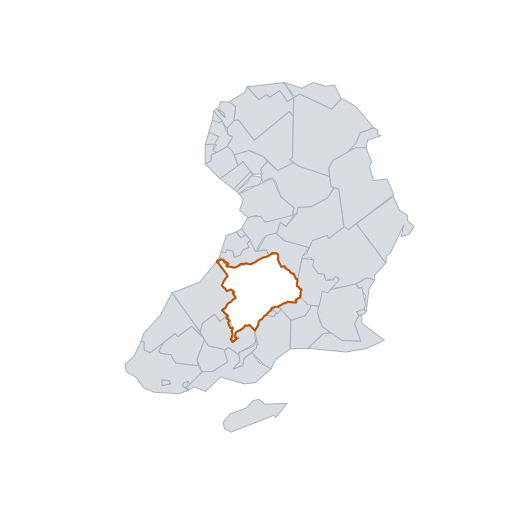 where Democratic Republic of the Congo sits in Africa, rotated 53°
{"feature_id": "COD", "entity_name": "Democratic Republic of the Congo", "entity_type": "country or territory", "adm_level": 0, "iso_a3": "COD", "parent_name": "Africa", "parent_adm1": "", "projection": "robinson", "projection_center": [23.721, -4.071], "detail": "fine", "context": "in_parent", "style": "outline", "palette": "amber", "viewbox_px": 512, "rotation_deg": 53, "n_neighbors": 49, "source": "natural_earth", "source_scale": "50m", "svg_char_len": 15755}
<svg xmlns="http://www.w3.org/2000/svg" viewBox="0 0 512 512"><g transform="rotate(53 256 256)"><path d="M328.3,266.7L350.7,284.6L350.5,302.9L355.2,311.7L351.8,314.4L330.8,317.4L327.5,307.3L314.8,302.2L310.1,293.4L308.9,283.7L314.9,278.2L313.5,267.6L328.3,266.7Z" fill="#d9dde1" stroke="#a8b0b8" stroke-width="1"/><path d="M152.3,130.6L151.7,137.9L138.2,137.6L137.5,149.9L133.6,150.3L132.8,159.7L115.6,161.3L134.2,129.3L152.3,130.6Z" fill="#d9dde1" stroke="#a8b0b8" stroke-width="1"/><path d="M360.9,270.2L358.3,248.7L363.1,241.8L375.1,238.1L386.9,223.7L369.4,218.0L364.6,211.4L367.0,207.1L373.3,212.0L400.5,204.4L396.5,223.3L386.9,241.9L360.9,270.2Z" fill="#d9dde1" stroke="#a8b0b8" stroke-width="1"/><path d="M350.7,284.6L328.3,266.7L333.1,253.0L328.7,241.7L334.2,235.7L346.2,244.8L362.0,243.3L358.3,248.7L360.9,270.2L350.7,284.6Z" fill="#d9dde1" stroke="#a8b0b8" stroke-width="1"/><path d="M288.7,222.6L285.5,220.5L284.0,219.1L284.4,213.7L277.6,201.7L282.2,186.8L285.8,187.2L285.7,166.1L290.5,166.1L290.4,156.5L339.7,156.5L342.6,172.7L346.5,175.7L340.1,180.7L337.9,197.0L329.6,211.1L328.5,220.4L323.1,203.3L317.4,215.0L311.6,212.7L307.3,217.0L297.9,216.7L290.8,212.8L285.8,220.7L288.7,222.6Z" fill="#d9dde1" stroke="#a8b0b8" stroke-width="1"/><path d="M285.6,168.1L285.8,187.2L282.2,186.8L277.6,201.7L281.5,208.6L260.8,224.2L249.4,226.5L243.9,216.3L250.3,214.2L246.8,198.1L242.4,193.1L249.7,182.3L252.6,164.2L248.4,152.3L252.6,149.7L285.6,168.1Z" fill="#d9dde1" stroke="#a8b0b8" stroke-width="1"/><path d="M255.0,399.3L256.9,396.9L263.7,401.6L269.5,398.8L269.3,381.0L273.5,390.9L276.5,390.4L283.5,383.4L293.1,384.5L308.8,368.2L316.1,369.0L319.1,379.1L318.6,386.2L315.3,385.7L313.7,390.5L316.2,393.1L322.6,390.5L319.8,400.2L303.3,419.5L293.4,425.1L280.5,424.7L270.5,429.2L263.7,426.0L262.9,414.1L255.0,399.3ZM306.6,401.1L302.9,400.6L298.5,405.6L303.0,408.8L306.6,401.1Z" fill="#d9dde1" stroke="#a8b0b8" stroke-width="1"/><path d="M306.6,401.1L303.0,408.8L298.5,405.6L302.9,400.6L306.6,401.1Z" fill="#d9dde1" stroke="#a8b0b8" stroke-width="1"/><path d="M316.1,369.0L303.0,365.3L291.6,347.3L299.0,348.2L312.6,336.6L323.4,342.4L322.4,359.6L316.1,369.0Z" fill="#d9dde1" stroke="#a8b0b8" stroke-width="1"/><path d="M308.8,368.2L293.1,384.5L283.5,383.4L276.5,390.4L273.5,390.9L269.3,381.0L269.3,367.0L273.3,366.9L273.4,349.7L291.6,347.3L303.0,365.3L308.8,368.2Z" fill="#d9dde1" stroke="#a8b0b8" stroke-width="1"/><path d="M269.3,367.0L269.5,398.8L263.7,401.6L256.9,396.9L255.0,399.3L250.2,392.2L245.9,368.3L235.0,345.2L290.8,346.5L273.4,349.7L273.3,366.9L269.3,367.0Z" fill="#d9dde1" stroke="#a8b0b8" stroke-width="1"/><path d="M115.1,196.8L111.5,191.4L118.2,183.1L124.7,182.4L134.4,191.9L136.8,202.4L115.0,202.7L114.5,199.0L127.1,197.3L115.1,196.8Z" fill="#d9dde1" stroke="#a8b0b8" stroke-width="1"/><path d="M136.8,202.4L134.4,191.9L136.6,188.2L162.4,187.7L160.6,142.3L166.9,142.2L199.4,167.6L199.3,170.6L204.0,170.1L200.9,187.4L181.1,190.2L168.5,197.4L162.2,212.3L151.1,213.1L146.8,203.0L142.4,205.2L136.8,202.4Z" fill="#d9dde1" stroke="#a8b0b8" stroke-width="1"/><path d="M115.6,161.3L132.8,159.7L133.6,150.3L137.5,149.9L138.2,137.6L151.7,137.9L152.3,130.6L166.9,142.2L160.6,142.3L162.4,187.7L136.6,188.2L134.4,191.9L124.7,182.4L116.7,184.6L118.5,165.6L115.6,161.3Z" fill="#d9dde1" stroke="#a8b0b8" stroke-width="1"/><path d="M196.1,232.1L192.6,232.6L192.0,218.3L188.3,211.8L197.2,203.4L201.1,210.6L196.4,221.3L196.1,232.1Z" fill="#d9dde1" stroke="#a8b0b8" stroke-width="1"/><path d="M248.4,152.3L252.6,164.2L249.7,182.3L242.4,193.1L246.8,198.1L245.0,202.2L240.4,196.8L223.2,200.5L208.3,195.5L202.7,197.1L200.4,206.1L189.6,200.4L187.1,190.4L200.9,187.4L204.0,170.1L236.6,149.4L245.4,154.1L248.4,152.3Z" fill="#d9dde1" stroke="#a8b0b8" stroke-width="1"/><path d="M196.1,232.1L203.8,196.1L223.2,200.5L240.4,196.8L246.6,204.1L234.5,228.6L223.8,231.2L220.7,239.2L209.6,241.6L203.1,232.0L196.1,232.1Z" fill="#d9dde1" stroke="#a8b0b8" stroke-width="1"/><path d="M246.3,200.4L250.3,214.2L243.9,216.3L250.1,225.2L246.0,239.4L252.2,253.8L225.5,251.1L220.6,240.5L221.8,235.8L227.6,228.3L234.5,228.6L246.3,200.4Z" fill="#d9dde1" stroke="#a8b0b8" stroke-width="1"/><path d="M188.9,209.3L192.6,232.6L189.2,233.6L184.9,210.7L188.9,209.3Z" fill="#d9dde1" stroke="#a8b0b8" stroke-width="1"/><path d="M185.2,209.2L189.2,233.6L172.6,238.1L172.7,209.5L185.2,209.2Z" fill="#d9dde1" stroke="#a8b0b8" stroke-width="1"/><path d="M151.1,213.1L158.9,211.6L173.0,215.8L172.6,238.1L152.0,241.2L152.7,234.7L148.4,231.1L151.1,213.1Z" fill="#d9dde1" stroke="#a8b0b8" stroke-width="1"/><path d="M127.6,201.7L142.4,205.2L146.8,203.0L151.1,213.1L149.8,225.2L145.9,227.0L143.7,221.1L140.5,222.0L138.1,213.9L129.0,219.4L121.3,209.1L127.6,201.7Z" fill="#d9dde1" stroke="#a8b0b8" stroke-width="1"/><path d="M115.0,202.7L127.6,201.7L127.3,205.4L121.3,209.1L115.0,202.7Z" fill="#d9dde1" stroke="#a8b0b8" stroke-width="1"/><path d="M149.2,225.2L148.4,231.1L152.7,234.7L152.0,241.2L136.4,229.5L141.7,221.8L145.9,227.0L149.2,225.2Z" fill="#d9dde1" stroke="#a8b0b8" stroke-width="1"/><path d="M129.0,219.4L138.1,213.9L141.7,221.8L136.4,229.5L129.0,219.4Z" fill="#d9dde1" stroke="#a8b0b8" stroke-width="1"/><path d="M162.2,212.3L167.3,198.6L181.1,190.2L187.1,190.4L189.6,200.4L194.4,201.5L188.9,209.3L172.7,209.5L173.0,215.8L162.2,212.3Z" fill="#d9dde1" stroke="#a8b0b8" stroke-width="1"/><path d="M300.6,237.0L288.1,237.6L279.6,242.8L267.1,238.0L262.8,245.3L257.2,244.2L252.5,251.2L245.9,235.9L249.4,226.5L260.8,224.2L281.5,208.6L284.0,219.1L300.6,237.0Z" fill="#d9dde1" stroke="#a8b0b8" stroke-width="1"/><path d="M262.8,245.3L259.3,264.2L252.5,279.1L246.4,286.0L238.1,283.4L235.1,286.3L231.6,281.2L234.9,278.6L233.3,275.4L237.9,271.5L243.9,274.0L245.7,268.5L243.2,261.9L245.1,256.4L240.9,255.8L240.0,251.2L252.2,253.8L257.2,244.2L262.8,245.3Z" fill="#d9dde1" stroke="#a8b0b8" stroke-width="1"/><path d="M232.4,251.3L239.5,251.0L240.9,255.8L245.1,256.4L243.2,261.9L245.7,268.5L243.9,274.0L237.9,271.5L233.3,275.4L234.9,278.6L231.6,281.2L221.9,267.5L224.8,257.3L232.4,257.0L232.4,251.3Z" fill="#d9dde1" stroke="#a8b0b8" stroke-width="1"/><path d="M225.5,251.1L232.4,251.3L232.4,257.0L224.8,257.3L225.5,251.1Z" fill="#d9dde1" stroke="#a8b0b8" stroke-width="1"/><path d="M314.8,302.2L325.3,308.6L322.8,328.0L325.0,329.2L312.3,333.2L312.6,336.6L299.0,348.2L283.0,346.2L277.5,339.3L277.6,324.0L286.4,324.1L285.9,314.6L299.7,317.9L310.3,325.8L310.0,320.6L304.7,318.7L305.1,306.1L307.5,302.5L314.8,302.2Z" fill="#d9dde1" stroke="#a8b0b8" stroke-width="1"/><path d="M323.3,306.4L329.7,310.9L330.7,327.3L335.4,332.3L332.5,342.8L330.2,332.3L322.8,328.0L326.3,312.7L323.3,306.4Z" fill="#d9dde1" stroke="#a8b0b8" stroke-width="1"/><path d="M330.8,317.4L343.1,317.7L355.2,311.7L356.8,332.7L351.0,342.4L331.3,357.1L333.7,377.9L323.4,383.9L322.6,390.5L319.4,390.5L316.1,369.0L322.4,359.6L323.4,342.4L312.9,338.4L312.3,333.2L325.0,329.2L330.2,332.3L332.5,342.8L335.4,332.3L330.7,327.3L330.8,317.4Z" fill="#d9dde1" stroke="#a8b0b8" stroke-width="1"/><path d="M319.4,390.5L316.2,393.1L313.7,390.5L315.3,385.7L319.4,390.5Z" fill="#d9dde1" stroke="#a8b0b8" stroke-width="1"/><path d="M235.1,286.3L238.2,286.1L236.3,289.9L235.1,286.3ZM236.9,291.4L253.8,290.3L258.7,300.9L265.3,300.5L269.8,295.5L276.7,297.1L278.5,315.3L286.4,316.1L286.4,324.1L277.6,324.0L277.5,339.3L283.0,346.2L235.0,345.2L243.1,316.4L236.9,291.4Z" fill="#d9dde1" stroke="#a8b0b8" stroke-width="1"/><path d="M313.7,273.7L314.9,278.2L308.9,283.7L307.6,275.7L313.7,273.7Z" fill="#d9dde1" stroke="#a8b0b8" stroke-width="1"/><path d="M392.4,319.9L396.9,337.5L394.0,337.5L381.6,381.9L374.5,385.0L369.0,382.1L366.5,371.5L371.6,355.4L369.8,345.7L372.0,340.0L379.9,337.9L392.4,319.9Z" fill="#d9dde1" stroke="#a8b0b8" stroke-width="1"/><path d="M114.5,199.0L122.0,195.5L127.1,197.3L114.5,199.0Z" fill="#d9dde1" stroke="#a8b0b8" stroke-width="1"/><path d="M227.2,116.6L220.2,98.4L224.5,84.8L228.9,82.8L231.4,85.8L234.9,84.1L230.7,97.3L235.9,103.0L227.2,116.6Z" fill="#d9dde1" stroke="#a8b0b8" stroke-width="1"/><path d="M152.3,130.6L152.8,123.6L184.1,107.2L181.7,93.3L185.8,90.6L196.8,86.4L224.5,84.8L220.2,98.4L225.9,108.0L228.4,120.8L225.9,136.8L229.7,145.1L236.6,149.4L209.9,168.0L199.3,170.6L199.4,167.6L152.3,130.6Z" fill="#d9dde1" stroke="#a8b0b8" stroke-width="1"/><path d="M338.5,192.9L340.1,180.7L346.5,175.7L350.3,185.7L366.6,201.1L363.6,201.9L353.6,192.4L338.5,192.9Z" fill="#d9dde1" stroke="#a8b0b8" stroke-width="1"/><path d="M134.2,129.3L149.6,118.4L151.9,105.8L162.3,98.3L167.0,90.4L181.7,93.3L184.1,107.2L152.8,123.6L152.4,129.3L134.2,129.3Z" fill="#d9dde1" stroke="#a8b0b8" stroke-width="1"/><path d="M339.7,156.5L290.4,156.5L291.0,110.5L306.2,113.9L314.5,110.6L318.6,113.6L327.9,112.2L330.8,120.5L327.9,128.5L320.2,119.2L334.6,147.2L334.0,151.2L339.7,156.5Z" fill="#d9dde1" stroke="#a8b0b8" stroke-width="1"/><path d="M290.0,109.0L290.5,166.1L285.6,168.1L252.6,149.7L245.4,154.1L229.7,145.1L225.9,136.8L229.3,111.5L235.9,103.0L250.9,107.2L252.7,111.5L266.3,116.8L273.6,105.1L290.0,109.0Z" fill="#d9dde1" stroke="#a8b0b8" stroke-width="1"/><path d="M386.9,223.7L375.1,238.1L352.2,245.7L337.8,240.8L324.2,224.7L338.5,192.9L343.4,193.9L344.7,190.3L360.3,197.5L363.6,201.9L361.2,209.1L365.5,209.7L369.4,218.0L386.9,223.7Z" fill="#d9dde1" stroke="#a8b0b8" stroke-width="1"/><path d="M363.6,201.9L367.7,202.6L365.5,209.7L361.2,209.1L363.6,201.9Z" fill="#d9dde1" stroke="#a8b0b8" stroke-width="1"/><path d="M328.3,266.7L310.0,268.6L317.0,244.0L328.7,241.7L330.7,245.0L333.1,253.0L328.3,266.7Z" fill="#d9dde1" stroke="#a8b0b8" stroke-width="1"/><path d="M313.5,267.6L315.0,273.1L307.6,275.7L308.8,269.9L313.5,267.6Z" fill="#d9dde1" stroke="#a8b0b8" stroke-width="1"/><path d="M315.3,245.3L310.5,240.0L303.2,240.9L285.8,220.7L293.9,212.1L297.9,216.7L307.3,217.0L311.6,212.7L317.4,215.0L321.7,208.9L320.3,204.6L325.1,203.6L328.5,220.4L324.2,224.7L334.2,235.7L326.1,243.9L315.3,245.3Z" fill="#d9dde1" stroke="#a8b0b8" stroke-width="1"/><path d="M314.9,301.5L307.3,302.8L307.0,302.9L307.2,303.4L307.1,303.9L306.9,304.3L306.6,304.8L306.1,305.4L305.8,305.7L304.9,306.4L304.9,306.6L305.5,307.8L305.8,308.6L305.9,309.3L305.8,311.6L305.8,312.0L305.9,312.8L305.9,313.3L305.5,314.0L305.4,314.6L304.9,316.6L304.7,317.2L305.0,318.3L305.2,318.8L305.6,319.3L306.4,320.0L306.7,320.3L307.6,321.4L308.8,321.7L309.2,321.8L309.4,321.7L309.5,321.6L309.5,321.3L309.4,321.0L309.5,320.8L309.7,320.7L310.3,320.7L310.5,320.5L310.7,326.3L310.6,326.6L310.4,326.7L310.1,326.5L310.0,326.0L309.9,325.8L309.7,325.7L309.4,325.8L309.0,326.1L308.4,326.3L308.2,326.4L307.8,326.4L307.4,326.3L307.1,326.0L307.0,325.6L306.4,324.4L306.0,323.9L305.7,323.8L305.5,323.7L305.3,323.3L305.1,322.7L304.9,322.2L304.7,322.0L302.6,321.1L302.1,321.1L301.7,321.0L301.4,320.8L301.2,320.7L300.7,319.5L300.0,318.7L299.8,317.8L299.6,317.7L299.4,317.8L299.2,317.9L298.7,319.2L298.7,319.3L298.5,319.5L298.2,319.6L297.8,319.6L297.3,319.6L296.2,319.4L294.8,319.2L294.4,319.0L294.1,318.9L293.1,318.5L292.7,318.5L292.5,318.3L292.3,318.2L292.0,317.9L291.9,317.6L291.7,316.9L291.8,316.5L291.9,316.1L291.7,315.9L291.3,316.1L290.0,316.4L289.1,316.6L288.5,317.0L288.3,317.1L287.9,316.9L287.7,316.7L287.9,316.5L288.0,316.2L287.9,315.6L287.7,315.3L287.1,315.1L286.9,315.1L286.8,314.7L286.6,314.4L286.2,314.3L285.9,314.7L285.9,314.8L285.6,315.0L285.0,315.0L284.5,314.8L284.1,314.8L283.8,314.8L282.8,315.3L282.4,315.4L281.3,315.3L280.7,315.2L280.2,315.2L279.9,315.3L279.5,315.7L279.2,315.9L278.8,315.5L278.8,315.0L278.6,314.4L278.7,314.1L279.1,313.9L279.2,313.4L279.1,312.8L279.1,312.3L279.2,312.0L279.0,311.4L278.7,310.3L278.2,309.5L277.7,308.8L277.3,308.2L277.1,307.6L277.1,306.1L277.5,303.9L277.4,302.2L277.0,301.1L276.9,299.9L277.2,298.6L277.2,297.7L277.0,297.3L276.9,297.2L274.4,297.1L272.0,297.1L271.8,296.9L271.7,296.6L271.7,296.3L271.9,295.4L271.4,295.3L268.9,295.7L268.0,295.9L267.4,296.4L267.2,297.1L267.2,297.6L267.2,298.0L266.9,298.4L266.7,298.9L266.6,300.4L265.8,300.5L264.9,300.5L263.7,300.2L263.3,300.2L263.0,300.4L261.8,300.6L261.2,301.0L260.6,300.9L260.0,300.9L259.2,301.0L259.0,300.9L257.8,298.7L257.4,297.9L257.0,297.5L256.6,297.0L256.5,296.5L256.6,296.0L256.4,295.4L255.9,294.6L255.6,293.9L255.5,293.2L255.4,292.6L255.5,292.1L255.4,291.7L255.2,291.5L255.0,291.2L254.7,290.8L254.3,290.4L253.8,290.3L251.3,290.3L247.2,290.3L246.8,290.4L245.7,290.4L244.5,290.3L243.0,290.2L242.5,290.3L241.3,290.3L241.2,290.3L240.5,290.2L240.0,290.3L239.8,290.1L239.2,290.2L238.9,290.3L238.4,290.7L237.7,290.9L237.4,290.9L236.9,290.4L236.5,290.0L236.4,289.8L236.6,289.7L237.6,289.6L237.7,288.2L237.7,286.8L237.6,286.7L237.4,286.6L238.0,286.0L238.4,285.7L239.0,284.9L240.0,284.4L240.1,284.2L240.3,284.2L240.7,284.7L241.3,285.3L241.5,285.3L242.1,285.0L242.5,284.8L242.6,284.6L242.7,284.3L242.8,283.5L243.0,283.4L243.3,283.5L243.5,283.6L244.2,283.3L244.5,283.2L244.9,283.0L245.3,282.8L245.5,282.8L245.8,283.3L245.9,283.5L245.5,284.1L245.7,284.6L245.7,285.3L245.9,285.5L246.1,285.4L246.3,285.4L246.7,285.6L247.0,285.6L247.3,285.4L247.8,284.7L248.6,283.5L249.3,282.8L249.9,282.5L250.2,282.1L250.4,281.7L250.7,281.5L251.4,281.3L251.9,281.0L252.4,280.2L253.0,278.7L253.3,276.7L253.2,273.1L253.3,272.6L253.6,272.2L254.2,271.5L254.7,271.0L255.0,270.3L255.7,268.7L256.1,268.0L256.5,267.6L257.1,267.2L257.8,266.9L258.9,265.8L259.8,264.8L259.7,263.4L259.9,262.4L260.4,261.0L260.6,259.5L260.4,258.0L260.5,256.7L261.1,254.7L261.2,253.9L261.2,252.4L261.8,250.5L263.0,248.1L263.5,246.3L263.4,244.5L263.6,243.1L263.5,242.4L263.3,241.7L263.4,241.2L263.9,241.1L264.4,240.4L265.4,238.6L266.5,237.8L267.3,237.5L268.1,237.5L268.6,237.7L268.8,238.0L269.4,238.4L270.3,238.9L271.0,239.6L271.4,240.3L271.7,240.7L272.1,240.8L272.7,240.8L273.4,240.9L274.1,241.3L274.6,241.5L274.7,241.4L275.1,241.4L275.9,241.7L276.5,241.6L277.5,241.7L279.6,242.3L279.8,242.1L280.0,241.9L280.5,240.8L280.9,240.1L281.0,239.8L281.5,239.4L282.1,239.3L282.6,239.4L283.4,239.7L283.9,239.7L284.3,239.5L285.0,239.2L285.7,239.0L286.3,238.8L287.7,238.1L288.2,238.1L289.6,238.4L290.5,238.2L290.8,238.3L291.6,238.0L291.8,237.8L292.2,236.9L292.8,236.6L293.6,236.7L295.5,237.3L297.5,237.7L298.3,237.8L298.5,237.7L299.1,237.2L299.3,237.1L299.5,237.2L300.7,237.6L300.9,237.9L301.1,238.3L301.8,238.8L302.1,239.2L302.4,239.8L302.6,240.0L302.9,240.2L303.2,240.4L303.3,240.6L303.6,240.9L304.1,241.2L304.6,241.3L304.8,241.4L305.1,241.4L305.5,241.1L306.0,240.7L306.3,240.5L307.2,240.6L307.7,240.8L308.1,241.0L308.5,241.0L309.1,240.5L309.5,240.0L309.8,239.9L310.4,240.1L310.8,240.6L311.2,241.3L311.8,242.1L312.6,243.0L313.5,243.5L313.9,243.7L314.0,243.9L314.1,244.2L314.1,244.6L314.7,244.6L315.0,244.7L315.1,245.0L315.3,245.4L315.5,245.5L315.3,246.4L315.0,246.9L314.9,247.5L315.2,247.9L315.3,248.0L315.3,248.4L315.0,249.3L314.8,250.0L314.8,250.3L315.3,250.6L315.8,250.6L316.0,250.7L316.2,251.0L316.3,251.1L316.6,251.1L316.8,251.4L317.2,251.8L317.1,252.1L317.1,252.3L316.7,252.9L315.8,254.0L313.8,256.2L313.1,256.4L312.8,256.8L312.5,257.4L312.0,258.0L311.5,258.2L311.5,258.3L311.4,258.9L311.5,259.7L311.3,260.1L310.8,261.3L310.7,261.4L310.6,261.6L310.5,262.4L310.4,262.7L310.2,264.2L310.3,264.7L310.1,265.4L310.1,265.9L310.0,266.4L309.9,266.8L310.0,268.8L309.8,268.9L309.5,269.2L309.2,269.4L308.4,270.4L308.1,270.8L308.1,271.0L308.1,272.4L308.1,272.7L308.0,272.8L307.0,273.6L306.9,273.9L307.1,274.4L307.1,274.8L307.2,275.0L307.6,275.2L307.6,275.6L308.2,276.3L308.5,276.8L308.5,277.2L308.4,278.3L308.4,278.8L308.4,280.5L308.4,280.9L308.9,281.8L309.1,282.8L309.2,283.5L308.9,285.3L308.9,285.6L308.9,286.0L309.5,287.6L309.8,288.5L310.0,289.2L310.1,289.6L310.0,289.8L309.6,290.8L309.5,291.0L309.6,291.7L309.8,292.4L310.5,293.9L310.8,294.2L311.5,294.8L312.1,295.3L312.6,295.9L313.0,296.7L313.3,297.4L313.4,297.9L314.7,301.0L314.9,301.5Z" fill="none" stroke="#b45309" stroke-width="2"/></g></svg>